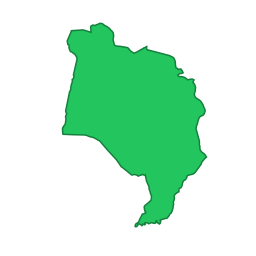 the district of La Union, Cartago, Costa Rica, rotated 287°
{"feature_id": "36466004B23984119166299", "entity_name": "La Union", "entity_type": "district", "adm_level": 2, "iso_a3": "CRI", "parent_name": "Costa Rica", "parent_adm1": "Cartago", "projection": "robinson", "projection_center": [-83.995, 9.913], "detail": "fine", "context": "isolated", "style": "filled", "palette": "green", "viewbox_px": 256, "rotation_deg": 287, "n_neighbors": 0, "source": "geoboundaries", "source_scale": "gbopen_adm2", "svg_char_len": 5742}
<svg xmlns="http://www.w3.org/2000/svg" viewBox="0 0 256 256"><g transform="rotate(287 128 128)"><path d="M203.8,45.5L193.5,44.4L190.3,46.0L190.2,46.9L189.5,47.5L188.8,47.8L188.3,47.9L187.9,47.9L187.4,48.1L186.0,49.1L185.5,49.6L185.4,49.6L185.3,49.8L184.3,50.5L184.2,52.0L183.9,53.0L183.5,53.7L183.3,54.3L183.1,55.3L182.9,55.7L182.6,56.2L181.7,57.1L180.9,58.1L179.3,59.1L162.7,60.3L162.3,61.0L161.6,61.2L159.2,61.3L159.0,61.2L158.3,60.5L157.7,60.5L157.3,60.7L156.7,61.1L156.4,61.2L151.5,61.2L148.0,61.9L146.8,61.9L145.9,61.5L126.0,63.4L125.3,64.0L124.9,64.1L124.6,64.2L124.4,64.4L124.2,65.0L123.9,65.2L120.8,64.9L119.8,65.3L118.9,65.9L114.7,66.7L113.3,66.7L112.5,66.6L111.4,66.2L110.9,65.8L110.6,65.7L110.0,66.0L109.6,65.9L108.9,65.4L108.7,65.4L103.8,67.1L103.0,67.7L105.2,76.2L108.4,87.7L108.9,90.0L108.5,93.6L108.8,97.7L107.3,104.8L100.6,115.4L94.1,126.5L89.1,132.7L86.7,139.1L84.1,145.3L85.5,148.0L85.5,150.4L85.1,151.3L85.0,152.0L85.7,152.6L86.4,153.8L87.1,154.7L87.4,155.1L87.8,155.4L87.8,156.4L87.6,157.3L87.6,157.9L87.7,158.2L88.0,158.3L82.5,161.3L77.6,165.6L76.7,165.6L75.6,166.1L73.8,167.6L71.8,168.7L71.3,169.2L70.1,170.2L68.5,170.7L68.2,170.7L67.2,171.0L65.6,171.1L61.8,168.9L58.9,166.9L57.3,166.5L54.3,167.9L53.2,168.7L53.2,169.0L52.8,169.4L52.1,169.9L51.7,169.4L51.4,168.9L51.0,168.5L50.4,168.2L50.2,167.3L49.8,166.9L49.0,166.7L47.4,166.5L46.9,166.4L45.8,166.2L45.6,166.1L45.0,166.1L43.9,165.8L42.4,165.8L41.5,165.6L41.3,165.5L40.1,165.0L39.6,164.4L39.2,163.9L38.8,163.7L38.2,163.5L37.5,163.4L36.4,163.4L36.1,163.5L35.9,163.7L35.8,164.2L35.9,164.6L36.5,165.2L37.1,165.6L37.6,165.8L39.0,165.8L39.3,166.0L39.4,166.4L39.4,167.6L39.1,168.8L38.6,169.9L38.7,170.0L40.3,170.1L40.2,172.0L40.3,172.2L40.9,172.7L41.1,172.7L41.3,171.8L42.1,171.8L42.5,172.2L42.8,173.2L42.9,174.6L42.5,175.7L42.5,176.0L43.0,176.5L43.7,177.2L43.8,177.3L44.1,177.8L44.4,178.6L44.4,180.7L44.7,181.5L45.4,182.3L45.8,182.3L46.3,182.1L47.4,182.1L47.6,182.2L47.6,182.6L47.0,183.0L46.5,183.2L46.3,183.6L46.1,183.7L45.9,184.1L45.9,184.8L45.6,185.3L45.4,185.7L45.4,186.2L45.8,186.4L46.3,186.6L48.3,186.6L48.6,186.5L49.1,185.8L49.5,185.7L51.5,188.9L52.2,189.6L52.7,190.9L53.2,191.7L54.0,192.2L55.1,192.4L56.2,193.0L57.5,193.1L58.0,193.2L58.6,193.6L59.0,194.1L59.6,194.2L62.0,194.5L63.4,194.5L64.7,194.3L65.4,194.3L65.9,194.1L66.3,194.1L66.6,194.0L68.3,194.0L69.5,193.3L70.2,193.1L72.7,193.1L74.4,193.0L75.0,192.7L75.7,192.3L76.4,192.1L77.2,192.1L78.1,192.3L79.8,193.4L80.4,193.7L81.7,195.1L82.0,195.4L82.6,195.2L83.8,194.7L84.8,194.7L85.4,195.0L86.4,196.1L87.4,196.4L89.7,196.5L90.7,196.3L92.1,196.3L93.7,196.5L93.9,196.8L94.4,197.1L94.8,197.6L96.1,198.3L97.4,198.6L99.8,198.7L100.0,198.8L103.1,203.8L104.8,205.1L114.7,208.5L117.0,208.6L121.1,210.3L123.2,211.6L123.8,210.6L124.0,210.5L124.2,210.4L124.2,210.2L124.5,210.1L125.1,209.3L125.7,208.1L126.3,206.2L126.5,205.7L127.1,204.7L128.1,203.6L128.2,203.4L128.4,203.3L128.7,203.2L129.6,202.6L130.9,202.3L131.7,202.0L132.5,201.4L133.4,200.9L134.3,200.8L135.3,200.4L136.4,200.1L147.3,193.2L148.2,193.2L149.2,192.9L150.2,192.9L150.4,193.0L151.3,193.1L152.6,193.1L155.0,192.9L156.5,192.9L158.3,193.1L159.5,193.4L160.6,194.2L161.8,195.7L162.3,196.1L163.0,196.5L163.4,196.6L164.2,196.8L166.6,196.8L167.0,196.8L167.7,196.4L168.5,195.8L169.0,195.5L170.1,194.4L171.8,193.2L173.6,191.3L173.9,190.8L174.8,189.8L175.2,189.1L175.8,187.6L176.1,186.0L176.9,183.8L177.3,183.3L178.3,182.4L179.1,181.9L179.9,181.5L182.6,181.5L184.2,181.3L184.8,181.0L186.3,180.9L189.0,179.1L190.8,176.7L193.3,177.1L193.6,175.5L193.5,174.7L193.0,173.9L193.0,173.7L192.6,172.9L192.5,172.6L191.7,171.5L191.7,170.7L191.8,170.6L191.8,170.4L191.9,170.1L192.0,169.9L192.5,168.5L192.8,168.0L192.9,167.6L192.9,164.8L192.8,164.7L192.8,164.3L192.7,163.9L192.6,163.4L192.3,162.7L192.3,161.5L192.4,161.0L192.9,160.2L193.2,160.2L193.5,160.4L194.0,160.6L195.0,161.6L195.3,162.0L195.7,163.0L196.3,164.0L196.6,164.4L197.1,164.5L197.5,164.2L197.7,163.7L197.8,163.7L198.6,163.1L198.7,162.8L198.9,162.7L199.2,162.1L199.8,161.5L199.8,160.9L199.6,160.6L199.3,160.2L198.9,159.3L198.6,159.1L198.6,158.9L199.3,158.2L199.4,157.9L199.5,157.4L199.5,156.4L199.7,156.2L200.4,155.9L200.5,155.8L201.4,155.4L201.5,155.2L202.0,155.0L203.7,154.4L205.0,153.9L205.6,153.6L206.8,152.8L207.1,152.3L207.7,151.9L208.5,151.0L208.6,150.9L209.4,146.5L208.5,124.4L208.2,124.3L208.2,124.0L208.4,123.5L209.3,122.5L210.0,122.3L211.1,122.2L211.4,122.1L211.1,121.7L210.7,121.5L210.6,121.3L209.5,120.2L209.4,119.9L208.0,118.8L207.3,118.1L207.1,118.0L207.0,117.7L206.3,117.0L205.4,116.4L205.2,116.1L204.8,115.7L204.6,115.6L204.3,115.2L204.0,115.1L203.9,114.8L203.7,114.7L202.0,112.8L201.4,111.9L201.4,111.2L201.7,110.5L201.8,109.9L202.3,108.3L203.1,106.7L203.5,106.3L203.6,106.0L203.8,105.9L204.3,105.2L204.6,104.5L204.7,103.5L204.5,102.9L204.5,101.4L204.3,100.5L204.2,99.6L204.1,99.3L204.0,98.4L203.8,96.2L203.5,95.7L203.5,95.4L203.4,95.2L203.3,94.2L203.1,94.1L203.1,93.8L203.0,93.5L203.0,91.6L203.2,91.1L203.4,91.0L203.5,90.7L204.2,90.3L204.3,90.1L205.5,89.5L205.7,89.3L206.2,89.1L206.3,88.8L207.3,88.4L207.9,87.9L209.5,87.8L209.9,87.7L211.8,87.3L212.0,87.2L212.3,87.2L212.8,86.9L213.1,86.9L213.3,86.7L214.5,86.1L214.6,85.9L214.9,85.8L215.0,85.5L215.6,85.0L216.8,82.7L217.3,82.0L217.8,80.8L218.2,80.3L218.3,79.7L218.4,79.4L218.6,78.9L219.0,77.6L219.0,76.6L219.1,76.4L219.1,75.7L219.5,75.0L219.5,74.6L219.8,74.5L219.8,74.2L219.9,73.8L220.2,73.3L220.2,73.0L220.2,71.7L220.0,70.9L219.8,70.7L219.8,70.4L219.3,69.9L219.1,69.8L219.0,69.5L218.4,68.9L217.4,67.5L216.8,67.0L216.6,66.6L216.3,66.3L216.3,65.3L216.2,65.1L216.2,64.4L216.0,64.0L215.3,63.5L215.2,63.2L214.8,63.0L214.6,62.8L213.5,62.8L208.7,64.7L208.7,56.4L204.5,45.4L204.1,45.4L203.8,45.5Z" fill="#22c55e" stroke="#15803d" stroke-width="1.5"/></g></svg>